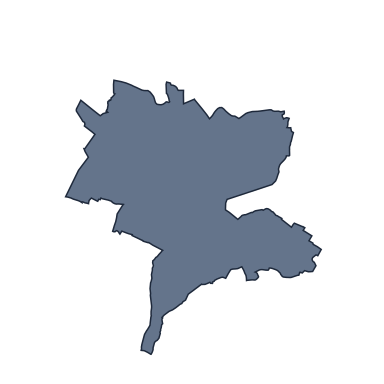 Beius, Bihor, Romania (Mercator projection), rotated 157°
{"feature_id": "2599482B17721412870044", "entity_name": "Beius", "entity_type": "district", "adm_level": 2, "iso_a3": "ROU", "parent_name": "Romania", "parent_adm1": "Bihor", "projection": "mercator", "projection_center": [22.351, 46.679], "detail": "fine", "context": "isolated", "style": "filled", "palette": "slate", "viewbox_px": 384, "rotation_deg": 157, "n_neighbors": 0, "source": "geoboundaries", "source_scale": "gbopen_adm2", "svg_char_len": 5972}
<svg xmlns="http://www.w3.org/2000/svg" viewBox="0 0 384 384"><g transform="rotate(157 192 192)"><path d="M222.2,321.7L225.3,314.1L225.2,312.7L224.8,312.4L225.3,312.2L225.8,311.7L228.7,310.4L229.6,310.3L229.9,309.7L230.5,308.9L231.0,308.3L231.8,308.4L232.1,308.8L232.6,308.2L233.3,308.4L234.4,307.8L234.5,307.4L234.6,306.7L234.9,306.5L235.2,305.0L237.4,301.6L237.9,300.9L238.4,300.9L239.1,300.1L239.5,299.9L239.6,299.5L239.2,299.2L238.8,299.1L238.4,298.3L243.3,298.9L244.4,298.5L245.1,298.5L246.0,298.1L246.4,298.0L246.7,298.1L249.7,303.5L253.0,309.6L258.5,319.9L262.3,316.6L265.8,313.7L266.5,312.7L266.8,311.6L265.3,302.6L264.9,299.6L264.0,298.5L263.8,297.6L264.1,296.2L265.3,294.8L260.7,286.7L258.8,283.0L273.8,273.7L274.5,274.1L274.5,273.9L274.6,270.9L273.8,264.5L288.0,256.3L310.2,237.0L308.4,235.9L305.8,233.8L304.1,231.9L300.1,228.5L298.8,227.2L297.5,225.3L297.4,225.8L297.1,226.0L296.2,225.4L295.9,225.1L294.6,223.7L293.7,223.2L291.8,221.7L291.4,222.5L290.7,223.4L290.1,224.3L289.1,224.9L287.0,225.7L282.9,220.8L282.4,220.3L281.7,220.9L280.8,221.7L280.5,221.7L279.5,220.8L278.2,222.0L277.9,221.7L277.4,221.0L273.3,218.0L272.3,217.3L269.8,215.0L269.5,214.4L269.5,214.0L269.4,213.6L268.8,212.8L268.1,211.9L267.5,211.3L266.7,210.7L266.2,210.4L265.0,210.0L263.9,209.5L261.5,208.2L260.4,207.7L260.0,207.4L260.7,207.1L269.5,201.0L271.6,197.6L273.8,194.5L276.7,191.3L280.4,186.8L279.7,186.1L279.2,185.8L278.6,185.6L278.0,185.5L276.9,185.9L276.5,185.9L276.1,185.5L275.6,184.8L275.2,183.8L275.1,182.5L274.8,181.4L271.9,183.4L268.3,179.9L266.3,178.1L263.6,176.1L264.2,175.4L256.1,166.2L256.2,165.8L252.1,162.4L251.6,162.4L248.8,158.3L241.8,149.8L242.7,149.6L243.0,149.2L244.9,148.3L246.9,147.4L248.7,146.4L250.1,145.9L250.9,145.9L252.8,144.7L254.6,144.0L254.9,144.0L255.9,142.2L256.3,139.3L257.1,138.3L258.2,137.5L259.2,135.2L261.6,131.8L262.6,128.3L264.6,125.6L265.6,124.6L268.4,119.4L269.8,114.7L270.7,113.2L273.7,102.9L274.5,101.1L276.3,98.1L277.8,94.6L277.8,93.9L278.6,93.1L281.3,88.4L282.7,85.8L283.8,84.9L287.0,82.6L287.9,82.1L291.3,79.5L293.2,77.1L297.6,71.4L299.1,69.1L299.8,67.2L300.3,66.7L300.7,66.1L298.0,64.6L297.8,64.4L295.4,61.6L293.3,58.7L293.1,58.6L292.4,59.1L290.9,60.4L289.5,62.0L288.7,63.8L285.4,68.0L284.6,68.5L283.4,68.9L281.9,69.1L279.6,70.3L276.4,74.3L276.3,75.5L275.0,76.7L274.5,77.9L273.4,79.1L271.7,81.8L270.5,82.2L269.9,84.9L269.3,86.8L268.2,87.5L268.6,88.3L265.7,89.6L259.7,91.1L256.0,91.1L252.3,91.8L246.8,93.3L245.0,93.3L243.3,94.5L240.2,95.0L235.4,99.4L219.2,103.4L219.0,103.0L216.1,101.9L213.3,101.8L210.8,101.9L210.6,100.7L209.5,100.2L209.1,99.9L208.6,100.1L208.2,101.1L206.4,101.2L205.7,101.8L202.9,102.1L198.6,102.0L196.9,101.5L194.7,99.4L190.0,103.1L186.7,105.4L184.8,105.2L181.9,104.2L179.8,103.6L175.4,103.7L175.0,100.1L175.0,98.3L175.1,96.9L175.0,95.4L174.9,94.0L175.5,91.6L176.4,89.2L175.6,89.1L173.1,88.3L170.9,87.6L168.5,86.4L167.9,86.3L167.3,86.4L166.2,86.7L165.0,87.2L164.3,87.6L163.9,87.9L163.8,88.9L163.9,89.6L163.8,91.1L163.8,91.6L164.2,92.6L164.6,93.1L165.1,93.6L160.4,93.9L159.2,93.7L158.3,93.4L157.1,92.8L155.0,91.5L153.2,90.6L152.3,90.3L151.5,90.8L150.6,91.8L149.4,91.3L147.9,90.2L145.7,88.2L144.6,87.1L143.7,85.8L143.0,84.0L142.5,82.9L142.5,81.3L142.0,79.7L142.0,79.2L141.2,78.1L138.8,76.7L135.0,74.9L133.9,74.6L127.6,74.1L126.1,73.7L124.5,75.7L124.3,75.5L123.9,75.9L123.2,75.4L122.2,74.4L119.0,75.6L118.0,74.7L116.4,73.4L115.8,73.0L113.9,72.3L112.0,71.7L106.7,75.7L106.9,79.6L107.4,80.0L107.8,81.0L107.9,82.7L107.6,83.3L107.3,83.8L106.5,84.5L102.7,85.6L102.0,85.3L101.1,84.2L95.5,88.6L98.0,92.7L100.9,96.4L100.7,97.8L103.4,101.4L98.8,104.8L104.7,113.2L102.1,115.0L103.2,116.5L103.3,116.4L110.0,123.3L111.5,122.6L114.2,120.7L117.4,126.5L120.3,131.8L119.6,132.5L121.0,134.4L121.5,134.9L122.7,136.7L123.9,137.8L124.1,138.1L124.2,138.9L124.8,140.7L124.9,141.1L125.1,141.7L125.5,142.3L125.9,142.6L126.1,142.7L126.7,143.8L126.9,144.6L128.2,146.4L128.8,147.0L129.9,147.6L130.5,147.7L132.3,147.6L133.6,147.4L134.4,148.4L140.9,149.9L142.1,149.9L144.6,149.5L145.3,150.0L151.4,150.1L152.4,150.5L154.1,150.8L155.4,150.8L156.3,150.3L160.5,148.9L165.6,158.6L168.1,162.4L168.0,162.9L165.3,168.7L162.6,171.5L115.4,167.6L110.7,169.5L108.7,171.4L106.3,174.2L104.1,176.5L103.6,178.7L103.3,179.5L101.7,181.5L100.4,182.8L99.0,183.6L94.7,185.4L93.5,186.0L92.9,186.4L92.1,187.0L91.6,187.5L91.0,188.4L88.7,187.4L88.2,187.4L87.9,187.5L87.8,187.8L87.4,188.6L86.0,192.2L85.5,193.2L85.0,194.5L84.4,195.7L82.9,197.2L82.1,198.7L81.8,199.1L80.7,200.1L80.3,200.7L77.2,204.9L76.1,206.2L75.4,207.1L75.9,207.8L76.7,208.8L76.3,211.5L76.0,212.6L77.2,213.0L79.4,214.2L78.7,214.6L78.0,215.8L77.5,216.5L76.3,219.1L73.8,221.8L74.2,222.2L75.8,223.4L77.5,223.6L79.2,223.5L79.1,224.2L79.4,225.8L79.3,226.5L78.8,227.7L77.1,227.8L76.8,227.9L76.2,228.6L75.8,229.5L75.6,230.4L77.3,230.8L78.9,231.1L79.6,231.7L81.0,232.7L82.9,233.4L84.4,234.0L85.7,234.9L87.0,236.7L88.6,237.4L97.7,239.9L100.0,240.6L105.1,242.5L109.6,243.2L111.8,243.2L117.5,241.8L120.1,241.3L122.9,245.1L124.5,245.8L125.9,246.9L127.6,249.7L129.2,253.0L130.4,256.2L131.6,258.1L133.7,258.9L135.8,258.7L138.5,257.5L140.3,256.5L141.6,255.6L143.1,254.5L145.3,253.4L147.3,252.6L148.2,257.2L150.2,264.6L153.5,275.8L153.5,276.5L164.1,276.5L165.3,276.5L161.6,285.6L160.1,288.9L164.9,290.9L165.1,291.5L165.2,292.4L165.2,293.4L165.3,294.1L165.9,295.6L166.8,296.7L167.8,297.7L169.0,298.3L169.5,298.9L169.6,299.2L169.5,299.8L169.3,300.5L169.5,300.9L172.4,303.1L172.8,302.6L173.8,301.2L174.9,298.3L177.0,292.7L176.9,292.5L176.6,292.0L176.5,291.5L176.5,291.1L176.7,288.2L176.9,286.8L177.0,286.1L177.3,285.2L177.3,284.5L177.3,283.8L178.0,283.5L178.6,283.6L179.5,284.4L179.9,284.8L180.8,285.0L182.5,284.4L184.3,284.1L186.4,284.4L188.5,285.5L190.0,286.5L190.7,288.4L190.5,290.7L190.2,292.8L190.1,294.9L190.7,297.5L191.5,300.3L193.0,302.6L194.7,303.3L196.6,304.2L198.3,305.4L202.4,310.0L204.5,312.2L205.9,313.9L210.0,318.0L214.0,321.2L220.2,325.4L222.2,321.7Z" fill="#64748b" stroke="#1e293b" stroke-width="1.5"/></g></svg>